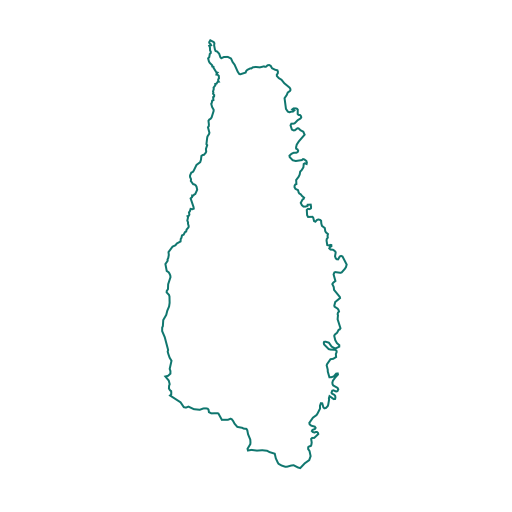 the district of Santa Rita do Trivelato, Mato Grosso, Brazil, rotated 33°
{"feature_id": "56859067B5892381335106", "entity_name": "Santa Rita do Trivelato", "entity_type": "district", "adm_level": 2, "iso_a3": "BRA", "parent_name": "Brazil", "parent_adm1": "Mato Grosso", "projection": "orthographic", "projection_center": [-55.302, -13.782], "detail": "fine", "context": "isolated", "style": "outline", "palette": "teal", "viewbox_px": 512, "rotation_deg": 33, "n_neighbors": 0, "source": "geoboundaries", "source_scale": "gbopen_adm2", "svg_char_len": 6141}
<svg xmlns="http://www.w3.org/2000/svg" viewBox="0 0 512 512"><g transform="rotate(33 256 256)"><path d="M223.7,373.8L233.5,382.7L234.0,384.3L235.7,385.8L238.9,388.3L242.2,389.9L245.1,397.7L246.9,399.1L248.3,401.3L247.5,404.4L245.6,406.4L250.7,408.0L253.4,410.5L253.8,412.2L255.2,414.6L257.2,415.5L258.4,415.5L259.2,416.5L260.3,418.3L259.9,419.8L272.4,419.8L277.8,422.1L279.8,421.3L281.4,419.1L287.3,418.3L292.6,415.6L294.9,412.5L297.3,410.9L298.7,410.4L299.8,410.7L301.6,412.6L304.2,412.3L309.4,408.8L310.3,408.6L316.6,412.0L321.7,408.6L323.3,406.3L324.6,406.1L326.8,406.9L329.3,408.3L333.4,409.5L338.0,407.6L339.6,407.5L342.1,406.2L343.6,406.9L346.4,409.8L351.2,413.1L352.9,415.4L353.7,416.9L353.9,422.3L355.2,423.5L357.8,421.1L362.8,418.7L367.0,415.5L371.4,413.3L374.1,413.1L379.4,411.6L382.8,414.9L386.8,417.4L388.1,418.0L391.5,417.8L395.4,416.8L396.9,415.7L399.6,412.6L401.5,411.0L406.4,410.5L408.6,409.8L409.8,403.3L411.8,398.2L410.8,394.1L407.1,390.4L404.9,389.5L403.9,387.9L404.4,386.5L405.4,385.6L405.3,384.3L404.3,382.1L401.9,379.4L402.2,378.0L403.9,376.8L405.2,371.4L404.3,370.6L403.1,370.4L402.1,370.9L401.2,372.2L399.5,372.7L398.2,372.4L398.1,371.1L399.6,369.0L399.6,367.7L398.2,367.1L394.8,368.2L392.7,368.0L391.6,366.9L391.8,360.6L393.4,356.4L393.4,354.6L392.8,349.1L391.2,346.7L390.6,344.1L391.8,343.5L394.9,346.2L396.3,346.5L397.4,345.4L397.9,342.8L397.6,341.5L395.5,336.6L394.6,335.6L394.0,333.5L399.1,333.7L400.2,332.8L399.7,331.5L398.6,330.2L397.3,329.8L394.7,330.0L393.8,329.6L393.3,327.4L394.1,326.5L397.0,326.0L397.9,325.0L397.6,323.0L396.2,322.2L391.2,322.5L390.0,321.8L389.0,320.6L388.4,318.6L388.6,314.8L389.3,310.8L388.5,310.0L387.3,311.0L386.8,314.7L385.1,316.7L383.6,317.7L379.2,313.9L378.0,312.2L374.8,309.2L374.5,307.9L374.7,302.0L376.8,300.1L378.2,297.1L376.4,294.8L375.9,292.5L375.0,291.6L373.6,291.5L369.6,293.8L367.7,294.5L361.3,293.1L360.2,292.0L359.9,290.9L361.0,290.0L364.3,289.0L368.8,290.8L371.8,290.6L373.2,290.0L375.2,286.7L374.4,285.4L371.3,285.0L368.3,283.4L365.1,280.4L364.9,279.0L365.8,276.2L365.5,272.8L366.2,272.0L366.2,270.6L358.9,264.6L357.0,261.0L356.1,260.3L355.6,258.8L355.9,257.4L354.7,256.4L353.2,255.7L349.5,255.7L348.7,255.0L347.5,251.4L349.4,245.5L348.6,244.7L339.9,241.9L338.1,239.7L335.3,238.0L335.3,236.3L336.2,233.7L331.1,229.2L330.7,227.1L331.3,226.3L336.0,224.1L336.8,223.1L337.5,218.4L337.5,216.3L336.7,213.8L328.8,209.3L327.3,209.6L326.5,210.8L326.7,214.1L325.7,214.7L324.3,214.6L322.4,213.2L321.0,209.8L320.2,209.1L318.0,208.8L317.0,208.9L315.0,210.0L313.3,209.7L313.2,208.3L313.9,206.7L313.2,205.8L312.3,206.2L311.4,207.5L309.8,208.0L306.8,204.7L306.1,203.3L306.2,201.5L305.0,200.1L304.4,198.4L301.8,198.1L300.5,197.4L298.5,195.1L294.9,194.8L293.0,193.1L291.4,191.0L290.2,190.8L288.4,191.4L287.5,192.6L287.1,194.9L285.7,195.1L283.1,192.7L282.0,192.4L278.4,194.9L276.6,193.9L273.5,189.7L273.9,188.1L275.4,187.5L276.1,186.1L275.5,184.9L273.9,183.1L271.4,184.9L271.9,186.0L270.4,187.8L268.9,188.7L266.8,188.4L264.6,187.1L264.3,183.2L264.8,182.3L264.6,180.9L261.9,180.6L259.9,179.9L258.3,180.0L257.2,179.5L255.4,177.9L252.5,178.2L250.8,177.3L250.1,176.1L250.0,174.7L250.7,173.7L248.3,170.4L248.6,166.4L248.3,164.0L247.1,161.1L247.5,159.4L247.5,156.8L247.4,155.7L245.9,152.8L246.5,151.6L248.3,151.3L247.8,150.0L246.5,148.9L244.0,148.7L242.7,149.1L242.2,150.6L237.6,154.7L234.6,155.7L230.4,154.7L229.4,153.6L230.1,151.0L231.3,149.0L233.7,147.3L234.3,146.0L234.1,144.8L232.8,144.0L231.2,144.1L230.4,143.0L229.5,140.4L229.5,136.5L230.7,127.8L228.0,126.0L224.8,126.3L222.2,125.8L221.2,126.3L220.1,129.4L219.1,130.2L217.2,130.4L213.8,127.6L213.6,125.8L215.6,124.4L216.2,123.4L217.0,119.4L218.4,116.5L218.5,115.2L217.7,114.3L216.3,113.8L214.8,114.5L213.6,114.2L211.3,110.5L210.2,110.2L209.0,110.5L207.1,111.8L206.6,113.2L208.8,113.1L208.3,114.8L207.1,115.6L205.8,117.2L204.1,117.6L201.0,116.3L194.0,108.1L194.1,104.3L193.6,101.6L194.6,99.1L194.5,98.0L193.7,97.1L192.5,96.5L185.6,95.7L181.4,94.3L178.3,94.4L175.5,93.7L174.7,92.6L174.8,91.0L174.1,89.6L172.8,88.6L170.6,89.4L167.2,89.8L164.7,88.5L163.0,88.7L161.8,89.8L161.4,91.6L160.6,92.4L159.4,92.6L156.5,95.7L152.8,97.6L150.5,99.6L150.0,101.2L149.0,101.8L147.4,104.5L147.0,106.0L147.4,107.8L143.9,112.1L142.9,112.5L140.3,111.4L133.8,107.2L130.8,106.1L127.5,104.0L123.9,104.4L120.7,106.6L119.2,109.0L118.0,108.8L114.9,106.4L112.1,105.7L110.5,106.1L109.1,105.2L106.2,102.2L105.2,100.2L104.0,99.6L100.2,100.0L100.3,102.2L101.1,102.9L102.6,103.1L103.6,103.7L102.3,105.2L103.7,106.1L105.6,108.7L106.7,109.2L107.5,110.4L107.2,111.7L108.5,114.7L108.2,116.3L110.6,118.5L112.0,119.2L115.3,119.9L116.1,120.9L117.3,120.5L117.9,121.3L122.6,123.5L123.8,123.2L123.6,124.4L124.0,125.4L125.1,124.9L126.7,125.2L128.2,127.2L128.1,128.4L128.9,129.7L129.8,130.1L129.0,130.8L129.0,133.0L128.1,133.9L128.9,135.0L128.7,137.9L129.6,138.9L130.4,141.5L131.2,142.1L131.6,143.3L133.3,143.8L134.0,145.1L133.5,146.1L135.4,148.5L134.6,149.6L135.5,151.6L135.6,152.8L138.1,155.0L140.8,156.4L141.5,157.5L143.3,164.0L143.2,165.6L142.5,167.0L142.5,168.5L144.9,171.4L145.7,172.9L145.6,174.2L149.8,178.0L150.2,179.3L150.2,182.2L150.7,183.5L153.5,189.2L154.7,189.6L155.7,193.5L157.4,195.6L157.6,196.8L157.2,199.6L156.3,200.3L155.7,201.8L157.4,205.2L158.1,207.7L156.5,212.0L157.3,218.5L157.2,220.0L156.3,221.3L156.8,224.3L157.6,225.6L159.7,227.0L160.5,228.6L164.2,230.0L165.5,229.5L167.0,229.6L168.4,230.3L170.6,232.5L171.3,237.1L170.7,238.1L170.5,239.5L169.5,240.0L170.3,241.5L169.8,243.3L177.0,249.0L178.0,250.2L177.1,251.5L175.5,252.1L176.2,254.7L176.0,255.9L177.6,257.6L177.7,259.0L176.9,259.9L178.0,260.7L179.1,263.7L180.7,264.8L181.3,265.9L183.3,267.6L183.8,268.8L183.4,271.6L184.1,273.5L183.4,274.7L183.7,277.5L182.7,279.1L183.6,281.4L183.6,282.7L184.8,284.9L182.8,288.6L182.6,290.9L180.9,293.6L180.5,300.4L182.3,302.6L183.5,305.5L183.7,307.1L184.5,308.1L184.4,312.1L189.3,317.2L191.5,317.2L192.9,317.8L194.7,319.0L195.8,320.3L197.7,327.5L200.2,331.7L200.2,334.0L200.9,335.2L204.2,336.0L205.5,337.1L209.1,342.4L210.6,345.7L211.4,350.2L212.8,354.3L213.1,360.2L216.1,365.6L216.3,367.1L218.2,370.1L223.7,373.8Z" fill="none" stroke="#0f766e" stroke-width="2"/></g></svg>